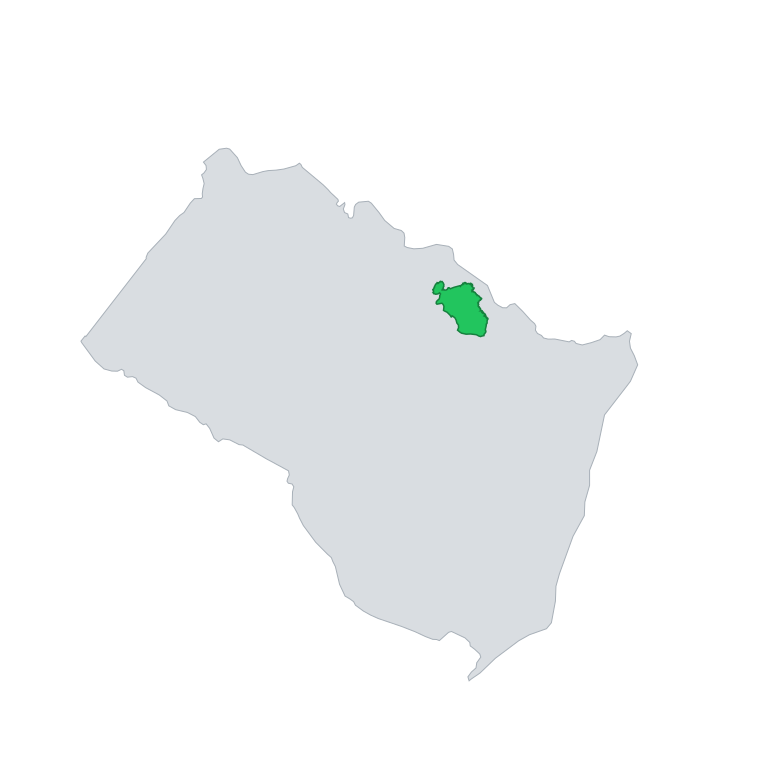 Krachi East Municipal, Volta, Ghana shown in context, rotated 308°
{"feature_id": "2480657B4921606442052", "entity_name": "Krachi East Municipal", "entity_type": "district", "adm_level": 2, "iso_a3": "GHA", "parent_name": "Ghana", "parent_adm1": "Volta", "projection": "orthographic", "projection_center": [0.372, 7.806], "detail": "fine", "context": "in_parent", "style": "filled", "palette": "green", "viewbox_px": 768, "rotation_deg": 308, "n_neighbors": 0, "source": "geoboundaries", "source_scale": "gbopen_adm2", "svg_char_len": 7877}
<svg xmlns="http://www.w3.org/2000/svg" viewBox="0 0 768 768"><g transform="rotate(308 384 384)"><path d="M467.5,109.6L472.9,114.8L474.1,117.8L472.1,129.1L468.1,137.0L465.6,144.4L465.9,148.1L468.3,151.8L476.7,157.7L480.9,161.4L486.0,167.2L491.8,172.8L501.7,180.1L505.9,181.4L505.8,183.4L504.4,186.2L503.5,213.3L502.7,220.4L502.0,223.9L501.1,234.0L500.0,235.5L498.1,235.4L496.4,235.7L495.9,237.8L496.6,239.8L502.7,241.3L501.3,242.8L496.9,244.2L494.8,247.3L495.7,250.8L493.3,253.6L494.0,255.5L495.5,256.8L498.1,256.3L505.1,251.7L508.0,251.1L511.7,252.1L518.4,259.2L518.7,262.7L516.0,274.7L513.3,283.9L512.8,296.2L515.6,303.2L515.2,306.9L512.2,310.2L505.2,315.0L505.8,318.2L508.9,324.3L514.8,331.0L526.3,339.4L532.3,350.2L532.5,354.7L528.9,359.1L524.8,362.9L523.5,368.5L525.3,404.9L516.3,420.7L516.2,425.2L517.1,430.5L519.5,433.7L524.1,434.5L527.9,437.6L526.6,448.7L524.6,460.0L524.3,465.5L523.1,468.1L519.6,470.2L518.3,473.8L519.2,478.2L518.5,481.4L520.4,485.7L524.6,490.9L531.2,504.0L533.8,505.0L534.9,507.7L534.2,510.4L536.8,516.2L544.2,521.9L552.0,527.0L558.3,527.7L559.8,532.2L564.0,537.9L567.0,540.4L571.8,542.1L575.7,542.9L575.9,547.8L568.8,551.1L564.0,556.1L560.4,563.8L555.3,572.1L537.9,576.5L531.2,576.6L495.4,576.8L461.9,593.3L442.6,599.1L430.7,608.4L414.7,614.9L403.6,622.9L380.4,626.7L342.4,639.1L330.5,644.0L318.5,652.7L298.9,662.9L291.2,662.7L276.0,653.0L264.5,648.2L236.4,640.6L215.4,637.6L205.3,634.4L202.5,633.8L204.9,630.4L210.7,630.2L216.9,631.3L221.5,628.7L228.4,628.4L230.2,625.7L230.8,618.8L230.7,613.2L233.2,610.7L233.8,604.1L230.5,589.5L228.1,587.8L215.9,585.6L215.0,582.7L212.8,579.6L210.5,572.1L207.9,560.9L203.7,546.9L195.7,524.0L193.7,515.9L192.4,507.6L192.1,497.7L193.8,494.1L193.6,489.0L192.9,483.9L198.8,472.3L210.2,458.1L212.6,453.0L214.8,449.4L215.1,444.3L217.2,427.7L222.8,407.6L226.3,400.0L228.6,395.9L231.4,389.3L232.2,386.1L242.7,378.3L247.5,376.2L248.6,373.1L246.9,369.7L247.7,367.4L250.2,366.3L254.0,365.4L256.8,362.2L252.6,337.3L249.3,312.6L249.1,310.5L247.0,307.1L245.0,296.8L241.5,290.8L236.6,289.1L236.7,283.4L241.7,274.0L243.1,268.4L240.7,266.7L240.4,262.4L242.2,255.4L241.4,251.1L240.5,246.5L235.5,235.6L234.3,227.9L237.0,223.5L237.0,213.7L234.4,198.5L234.0,189.0L235.9,185.0L235.0,181.3L231.4,177.6L231.1,174.1L234.3,170.8L234.0,168.1L230.0,166.1L226.6,161.5L223.5,154.1L224.3,142.3L230.4,120.6L231.2,118.8L237.8,118.9L237.8,119.9L258.6,119.8L282.3,119.7L310.6,119.6L336.4,119.5L337.5,118.5L341.8,117.3L367.8,119.7L384.1,118.6L391.0,119.3L396.0,120.8L407.3,120.0L413.3,120.5L417.8,125.9L419.6,125.9L422.1,123.6L426.6,121.0L431.2,118.9L434.5,114.7L436.5,111.5L439.5,112.2L443.7,112.0L446.6,109.3L447.7,105.1L467.5,109.6Z" fill="#d9dde1" stroke="#a8b0b8" stroke-width="1"/><path d="M515.5,389.9L515.4,389.7L515.3,389.1L515.4,388.9L515.0,388.5L514.8,388.4L514.7,388.3L514.5,388.2L514.4,387.9L514.1,387.9L513.9,387.7L513.7,387.5L513.9,387.2L513.5,387.0L513.5,386.8L513.9,386.6L514.0,386.4L513.9,386.3L514.0,386.2L514.1,385.9L513.9,385.8L513.8,385.6L513.6,385.1L513.3,385.0L513.1,385.1L512.8,385.1L512.6,384.6L512.4,384.5L512.2,384.5L512.0,384.3L511.9,384.6L511.8,384.4L511.7,384.3L511.2,384.7L511.0,385.0L510.8,385.0L510.7,384.9L510.8,384.4L510.5,384.3L510.3,384.3L510.1,384.2L509.2,384.1L508.9,383.9L508.7,383.9L508.4,383.9L508.3,384.1L508.0,384.2L508.0,383.8L508.0,383.6L508.2,383.3L503.4,379.7L499.9,377.6L499.9,376.9L500.0,376.5L499.9,376.4L499.7,376.2L499.8,376.1L499.8,375.9L499.4,375.4L498.5,375.3L498.2,375.5L497.5,375.6L496.7,375.2L496.2,375.0L495.7,374.4L495.4,374.1L495.4,373.9L495.2,373.6L495.3,373.2L495.8,373.0L495.5,373.0L495.5,372.8L495.4,372.9L495.0,372.9L494.8,372.7L494.7,372.4L494.5,372.2L494.4,372.3L494.3,372.1L494.2,372.1L493.9,371.9L494.0,371.8L494.3,371.8L494.5,371.7L495.4,371.8L495.6,371.6L495.8,371.5L496.2,371.4L496.5,371.4L496.7,371.2L496.9,371.0L497.7,371.1L497.8,371.0L498.2,370.7L498.6,370.3L499.2,370.0L499.4,369.8L499.6,369.2L500.0,368.7L500.5,366.7L500.0,366.4L500.0,366.1L499.7,365.7L499.7,365.4L499.3,365.4L499.3,365.5L499.2,365.3L498.9,365.3L498.9,365.1L498.3,365.2L497.6,364.7L497.5,364.8L497.3,364.7L497.0,364.9L496.9,364.9L496.9,364.6L497.0,364.5L496.8,364.3L496.8,364.1L497.0,364.1L496.9,363.9L496.7,363.9L496.5,363.4L496.3,363.5L496.2,363.6L496.0,363.8L496.2,364.1L495.8,364.1L495.2,363.5L494.9,363.4L494.7,363.3L494.3,363.2L493.0,363.7L492.0,363.6L491.5,364.2L490.6,364.1L489.8,364.6L488.5,364.3L488.4,364.4L488.6,364.5L488.5,365.0L488.3,365.1L488.2,365.3L487.3,366.2L486.7,366.2L486.6,366.3L486.5,366.7L486.2,366.6L486.3,367.0L486.2,367.1L485.8,367.7L486.2,368.3L486.6,369.5L488.3,371.1L490.1,371.7L489.8,373.1L488.0,373.5L487.1,374.2L485.2,375.1L482.2,374.6L480.8,374.7L479.6,375.6L479.5,376.6L483.3,379.9L483.1,381.7L482.0,383.5L479.6,385.0L478.7,385.5L478.7,386.3L479.4,389.5L478.9,393.7L478.2,395.7L478.7,395.9L479.4,395.6L479.7,395.8L479.8,399.1L478.8,401.4L476.9,403.9L476.3,406.3L474.3,408.1L471.7,408.8L471.6,411.9L471.8,413.8L473.8,418.0L476.7,421.4L479.7,426.4L480.2,429.3L480.9,431.0L481.6,431.3L483.7,433.0L484.7,432.2L485.6,432.4L486.4,432.3L487.7,432.2L488.5,431.6L488.8,430.7L490.0,430.0L492.8,428.7L494.1,427.7L494.6,427.9L495.3,427.8L495.8,427.5L497.3,426.3L498.6,426.0L499.2,425.9L499.1,425.7L498.9,425.4L499.0,425.3L499.3,425.1L499.0,425.0L498.9,425.0L498.9,424.9L499.0,424.8L499.0,424.6L499.0,424.3L499.2,424.2L499.4,424.4L499.5,424.4L499.6,424.2L499.4,424.0L499.4,423.9L499.8,423.6L499.7,423.4L499.8,423.2L499.7,423.1L499.4,423.0L499.5,422.6L499.9,422.7L500.0,422.6L499.9,422.5L500.0,422.2L499.9,422.1L499.7,422.0L499.7,421.9L499.8,421.9L499.6,421.7L499.4,421.7L499.3,421.3L499.5,421.4L500.2,421.4L500.3,421.7L500.6,421.5L500.5,421.3L500.8,421.4L501.0,421.3L501.0,420.9L501.3,420.8L501.3,420.3L501.1,420.3L501.1,420.2L501.3,420.0L501.3,419.8L501.3,419.7L501.1,419.4L500.9,419.2L501.1,418.8L501.4,418.7L501.6,418.4L501.3,418.3L501.4,418.0L500.7,418.0L500.8,417.7L501.1,417.5L501.1,417.4L501.0,417.5L500.8,417.3L500.8,417.1L500.7,417.0L501.0,416.8L501.3,416.7L501.4,416.9L501.6,416.6L501.8,416.6L502.1,416.4L502.1,416.1L501.9,415.9L501.6,415.8L501.4,415.5L501.6,415.6L501.6,415.4L501.8,415.1L501.9,414.9L501.7,414.6L501.7,414.4L502.1,414.4L502.2,414.1L502.4,414.1L502.5,414.0L502.5,413.6L502.8,413.5L502.9,413.3L502.7,413.0L502.8,412.7L503.0,412.5L503.1,412.3L503.0,412.2L503.3,411.8L503.2,411.7L503.0,411.4L503.2,411.2L503.5,411.1L503.6,410.9L503.6,410.7L503.7,410.4L503.5,410.2L504.0,409.9L504.3,409.5L504.9,409.2L505.1,409.3L505.1,409.1L505.1,408.7L505.4,408.4L505.6,408.2L505.6,408.4L505.5,408.6L506.0,408.5L506.6,408.3L507.5,407.9L507.8,407.8L508.5,408.0L509.3,408.0L509.2,408.3L509.4,408.4L509.6,408.4L509.8,408.2L510.0,408.1L510.5,408.4L510.9,408.5L511.0,408.5L511.1,408.3L511.5,408.2L511.3,407.3L511.5,407.1L511.3,406.8L511.4,406.6L511.3,406.4L511.4,406.1L511.4,405.8L511.7,405.5L511.7,405.3L511.8,405.1L511.8,404.9L511.6,404.7L511.6,403.9L511.6,403.5L511.6,403.2L511.3,403.0L511.5,402.9L511.7,402.7L511.3,402.0L511.3,401.6L511.6,401.1L511.8,401.1L511.9,400.8L511.8,400.5L511.9,400.0L512.2,399.7L512.2,399.3L512.1,398.7L511.8,398.6L512.0,398.1L511.9,397.9L511.4,397.5L511.4,397.4L511.6,397.1L511.5,396.8L511.4,396.7L511.4,396.4L511.2,396.3L511.4,396.2L511.6,396.2L511.9,395.7L512.0,395.4L512.2,395.5L512.3,396.0L512.5,396.1L513.0,396.4L513.3,396.3L513.3,395.9L513.5,395.9L513.5,396.0L513.9,396.0L514.4,396.2L514.9,396.0L514.3,395.5L514.3,395.3L514.7,395.1L514.7,394.9L514.9,394.7L514.9,394.4L515.0,394.3L515.1,394.1L515.0,393.7L515.2,393.8L515.3,393.7L515.3,393.4L515.4,393.1L515.8,393.1L516.0,393.2L516.1,392.8L516.0,392.5L516.3,392.7L516.5,392.5L516.4,392.3L516.5,392.2L516.9,392.2L516.8,391.8L516.8,391.7L516.7,391.5L516.7,391.2L516.8,391.0L516.8,390.7L516.7,390.7L516.6,390.4L516.5,390.5L516.3,390.5L515.9,390.8L515.6,390.6L515.6,390.4L515.7,390.2L516.0,390.2L515.8,390.1L515.7,389.9L515.5,389.9Z" fill="#22c55e" stroke="#15803d" stroke-width="1.5"/></g></svg>